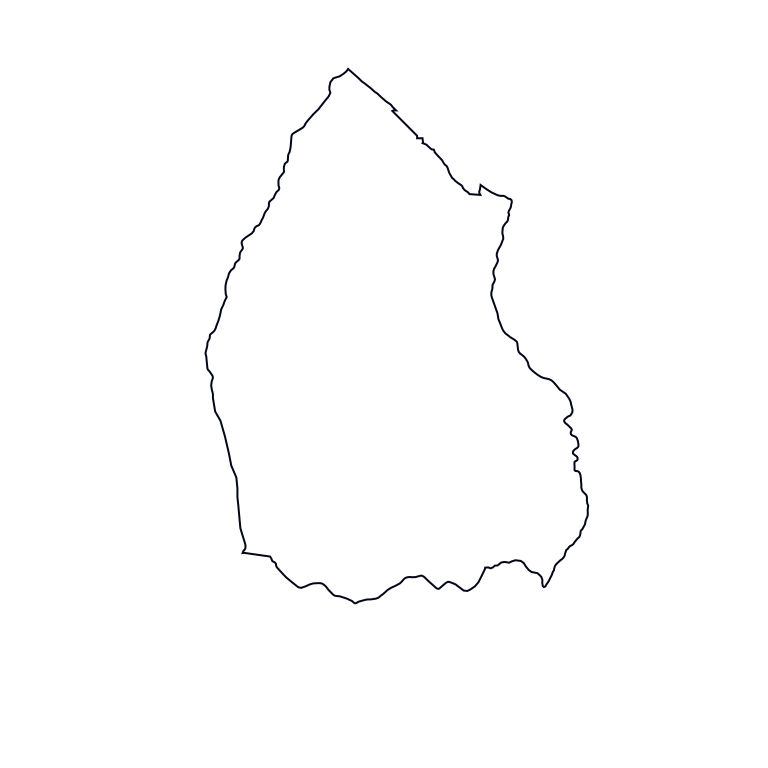 the district of El Dorado, Meta, Colombia, rotated 227°
{"feature_id": "7082276B12851519392176", "entity_name": "El Dorado", "entity_type": "district", "adm_level": 2, "iso_a3": "COL", "parent_name": "Colombia", "parent_adm1": "Meta", "projection": "orthographic", "projection_center": [-73.836, 3.709], "detail": "fine", "context": "isolated", "style": "outline", "palette": "ink", "viewbox_px": 768, "rotation_deg": 227, "n_neighbors": 0, "source": "geoboundaries", "source_scale": "gbopen_adm2", "svg_char_len": 6166}
<svg xmlns="http://www.w3.org/2000/svg" viewBox="0 0 768 768"><g transform="rotate(227 384 384)"><path d="M178.6,301.4L175.8,303.8L174.8,307.1L174.0,312.5L174.6,317.8L176.5,323.1L179.8,331.5L180.7,332.8L178.7,335.2L176.5,336.2L175.6,338.6L175.6,341.1L173.8,343.4L173.5,348.0L171.6,350.9L168.0,353.6L167.1,356.5L165.5,359.9L161.3,363.4L157.6,364.1L153.8,363.3L149.3,363.0L145.9,363.7L141.0,367.2L138.3,367.5L135.6,367.5L132.8,366.3L130.6,364.1L128.1,362.4L126.5,362.4L125.9,363.8L126.8,366.8L127.3,369.5L128.5,372.6L130.1,377.0L131.4,379.2L131.8,381.2L133.1,382.8L134.1,384.5L134.8,386.9L134.8,393.1L134.5,394.6L134.6,396.6L135.1,398.7L136.5,400.8L138.3,404.2L138.1,405.5L138.5,408.0L138.5,409.7L137.9,411.8L137.8,413.4L138.4,415.7L138.8,418.4L139.0,420.5L138.9,421.8L139.1,423.0L139.5,423.9L140.3,425.2L142.3,427.5L142.6,428.6L142.6,430.2L144.3,435.3L145.7,437.1L146.6,438.5L148.5,442.6L149.5,444.0L152.9,447.0L155.9,450.5L158.1,451.2L159.4,452.3L160.3,452.8L161.9,454.4L163.2,455.5L164.9,456.2L170.2,456.1L170.8,456.3L172.7,457.1L173.6,457.6L176.5,460.3L179.0,462.1L180.2,463.3L183.2,465.4L184.9,466.2L185.6,466.5L187.3,466.5L188.4,466.0L189.8,464.7L190.3,464.6L191.2,464.7L193.8,467.2L196.0,469.0L197.0,470.2L197.1,471.0L196.7,472.0L196.5,473.5L196.8,474.1L197.9,475.2L199.1,475.5L200.5,475.4L201.6,475.1L203.9,474.8L204.4,474.9L205.4,475.8L205.9,476.7L206.0,478.0L206.0,479.5L205.5,481.7L205.6,482.9L205.8,483.6L206.5,484.4L207.3,485.1L210.3,487.0L212.4,487.9L213.6,488.2L214.7,488.1L217.7,486.8L218.6,486.5L219.6,486.5L220.7,487.0L221.1,487.5L221.5,488.0L222.2,489.8L222.6,490.3L224.5,490.6L226.1,490.5L229.0,490.4L231.5,490.0L232.3,490.0L233.2,490.1L234.1,490.6L234.5,490.9L234.8,491.5L235.0,492.6L234.8,495.9L234.5,497.2L234.0,498.3L233.9,499.0L234.2,500.3L234.8,502.2L235.5,503.2L236.5,504.2L237.6,504.9L241.8,507.1L243.0,508.0L244.4,508.6L246.9,509.4L252.8,510.3L260.0,508.7L267.1,509.2L270.5,509.2L272.0,509.0L273.6,508.6L275.1,507.9L279.8,504.7L282.5,503.5L286.0,502.6L289.4,502.0L292.9,501.6L296.5,501.5L299.2,502.4L300.5,503.3L302.2,504.1L305.8,504.9L308.2,505.1L310.9,504.8L313.4,504.3L315.8,504.5L317.9,505.6L323.2,509.5L323.9,509.8L325.1,509.9L327.4,509.6L331.6,508.4L338.2,507.3L341.0,507.5L343.6,508.1L350.1,510.7L353.2,511.8L358.3,515.2L373.5,521.8L376.0,523.2L378.1,525.4L379.5,527.9L380.9,529.5L382.0,530.4L382.5,531.1L383.8,534.9L384.9,536.6L387.2,537.8L389.6,538.9L391.8,540.8L393.3,543.3L393.7,545.0L394.7,547.6L395.6,550.0L396.6,551.6L398.4,552.7L400.8,553.8L402.4,555.4L404.2,558.7L406.1,564.6L408.9,570.3L410.9,571.9L413.3,573.2L415.3,575.2L417.2,577.4L418.1,579.5L418.7,582.7L418.8,585.1L419.8,587.1L421.0,588.3L421.8,589.5L422.0,590.5L423.0,591.3L424.2,591.6L424.8,592.3L425.6,593.8L426.2,595.8L426.9,597.4L428.7,599.7L429.6,601.2L430.5,602.1L431.8,602.7L433.1,602.5L433.8,602.1L434.5,601.4L438.4,600.5L439.3,600.2L440.4,599.5L440.9,598.8L441.9,597.8L443.2,596.7L445.1,595.6L448.6,594.2L451.2,593.2L457.0,591.7L463.7,590.4L461.1,587.2L459.6,584.7L458.7,584.0L456.6,583.4L464.6,576.0L465.5,576.1L467.1,576.1L470.5,575.3L472.6,575.3L473.6,575.4L475.1,576.1L476.7,576.1L480.8,575.1L481.8,575.0L484.2,574.6L486.8,574.7L487.9,574.3L493.9,575.7L498.7,577.9L500.8,578.5L502.9,578.1L504.4,578.2L507.9,579.1L511.6,579.1L514.4,579.0L518.9,579.2L521.3,580.3L523.1,578.9L524.8,578.6L529.5,578.3L531.0,577.9L533.9,576.5L534.2,577.4L537.5,579.8L541.1,575.8L543.0,577.5L578.0,576.3L577.7,577.2L577.1,578.2L575.9,579.4L580.5,579.2L583.2,579.5L584.2,579.4L589.4,578.2L596.1,577.5L600.7,577.3L603.9,576.5L609.7,576.0L617.8,574.7L620.5,574.1L624.8,574.0L638.9,572.6L638.3,569.9L638.5,565.9L639.3,561.3L641.3,557.3L642.1,555.3L641.3,550.7L638.7,546.9L636.7,544.9L633.5,543.3L632.1,539.7L631.1,532.4L629.7,523.8L629.5,516.4L628.7,508.2L628.1,504.5L627.0,501.6L626.9,499.4L629.0,489.3L629.2,487.4L628.9,486.3L628.2,485.2L622.5,479.0L620.5,476.7L618.1,473.2L617.1,470.6L616.3,469.5L612.9,465.9L612.5,464.8L612.7,463.3L612.6,461.5L611.2,459.1L609.5,457.3L607.6,455.8L607.1,454.7L606.3,448.7L605.3,446.3L604.5,445.3L601.2,442.3L598.6,441.0L597.7,439.3L597.7,436.1L596.6,432.9L595.3,430.1L595.5,424.5L594.7,423.1L592.8,421.4L591.4,418.8L590.9,415.3L590.2,413.0L588.0,408.6L587.5,406.8L586.1,403.6L585.5,401.4L585.6,400.2L586.2,398.9L586.4,397.9L586.4,396.6L586.1,395.3L584.7,392.9L584.3,390.0L585.5,382.8L585.6,378.8L585.4,377.7L584.5,376.3L583.7,375.6L580.2,373.9L579.6,373.4L579.2,372.6L578.4,368.9L577.9,367.8L575.9,365.4L574.4,364.1L573.9,363.2L573.8,362.3L573.9,358.5L573.6,357.2L571.7,354.3L571.3,353.3L571.5,349.8L570.9,347.0L570.3,345.6L568.3,342.4L567.2,339.8L564.3,335.5L561.4,332.6L557.7,329.6L554.9,328.3L553.3,324.0L551.2,320.0L550.2,317.2L549.4,315.6L545.6,310.2L542.9,305.4L540.9,301.2L539.5,298.8L538.9,297.1L538.5,295.3L538.7,290.5L538.2,289.7L536.6,288.0L536.1,287.1L534.9,283.6L534.1,282.5L532.7,281.1L531.5,279.4L528.9,275.3L527.5,273.9L525.5,272.9L516.0,265.6L514.7,265.0L512.2,265.0L507.0,264.2L505.7,263.5L504.9,262.6L503.2,259.5L500.7,256.5L497.4,254.3L493.4,252.1L490.4,249.3L479.1,241.8L468.6,239.3L454.1,231.9L439.3,223.4L428.4,216.6L416.4,212.3L407.6,205.6L401.2,199.6L394.9,194.9L376.5,180.6L362.9,174.0L361.0,173.0L360.2,172.4L358.4,170.6L357.9,169.3L357.8,167.4L356.8,165.3L355.7,166.7L335.5,183.0L333.0,182.5L331.2,181.7L330.5,181.6L329.2,182.0L328.1,182.4L326.6,182.4L326.0,182.3L325.3,181.6L323.7,180.8L322.5,180.6L312.2,180.5L309.2,180.6L301.9,181.5L293.9,182.7L292.4,183.6L291.3,184.6L289.6,188.4L288.0,193.1L286.4,196.3L285.0,198.0L282.2,201.2L280.8,202.3L279.7,202.8L277.8,203.2L275.5,203.4L271.1,203.0L265.8,203.1L263.9,203.3L262.4,203.8L258.8,206.9L252.5,210.4L247.1,212.6L244.0,212.9L243.1,213.5L242.7,214.2L242.3,216.3L241.8,217.6L238.8,223.3L237.5,225.2L235.5,227.4L232.4,231.9L231.4,234.7L231.4,236.6L231.0,240.4L230.9,246.1L230.1,250.3L228.7,254.4L227.4,259.3L227.3,261.1L227.7,265.5L227.7,266.7L227.2,268.4L226.4,269.8L225.0,271.5L223.9,272.4L221.4,275.2L218.8,280.1L218.0,281.0L215.6,281.8L209.2,282.1L200.8,282.9L199.1,283.0L198.1,283.4L197.1,284.0L196.7,285.0L196.4,292.4L196.3,293.9L196.0,295.0L195.6,295.9L194.7,296.8L190.9,298.7L188.5,299.7L178.6,301.4Z" fill="none" stroke="#020617" stroke-width="2"/></g></svg>